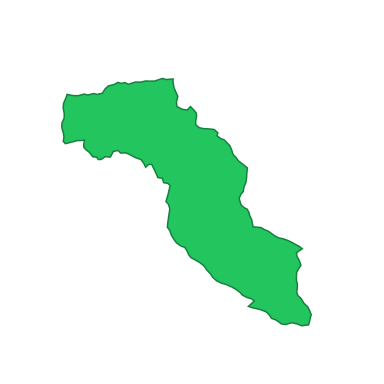 the district of Murutinga do Sul, São Paulo, Brazil, rotated 285°
{"feature_id": "56859067B32041072242718", "entity_name": "Murutinga do Sul", "entity_type": "district", "adm_level": 2, "iso_a3": "BRA", "parent_name": "Brazil", "parent_adm1": "São Paulo", "projection": "albers", "projection_center": [-51.304, -20.996], "detail": "fine", "context": "isolated", "style": "filled", "palette": "green", "viewbox_px": 384, "rotation_deg": 285, "n_neighbors": 0, "source": "geoboundaries", "source_scale": "gbopen_adm2", "svg_char_len": 2524}
<svg xmlns="http://www.w3.org/2000/svg" viewBox="0 0 384 384"><g transform="rotate(285 192 192)"><path d="M96.1,276.1L95.8,280.1L96.0,284.2L96.1,289.2L95.4,294.8L93.2,298.6L90.5,301.5L90.2,305.8L89.0,309.5L87.7,312.4L88.1,316.4L91.6,322.3L91.8,327.3L91.2,332.8L92.8,336.1L93.7,339.0L97.6,339.0L100.8,338.9L104.4,338.9L108.3,336.0L111.1,333.4L113.6,328.8L117.3,325.0L119.5,320.9L122.3,319.1L126.9,318.5L130.3,317.7L133.4,315.9L136.8,314.9L141.5,313.9L145.6,314.9L149.4,316.2L153.3,313.5L157.1,310.1L160.3,308.6L163.0,310.8L165.7,313.2L167.3,309.4L168.2,305.2L169.2,301.5L170.0,297.1L170.4,292.0L170.1,287.7L171.1,283.1L172.5,279.6L173.9,275.9L174.4,271.8L175.5,267.8L174.8,263.6L174.2,260.0L176.8,258.7L180.9,256.7L184.1,253.9L187.1,252.2L189.7,249.7L190.3,246.7L192.0,243.0L194.4,241.4L197.9,239.2L202.3,239.8L205.8,241.4L210.4,240.9L215.2,241.6L220.0,241.0L225.4,239.9L229.6,239.3L230.9,236.3L232.4,233.0L234.2,228.6L236.9,225.4L238.8,222.0L242.6,219.6L246.5,216.6L248.6,213.1L250.7,209.6L251.1,205.6L252.8,201.6L255.8,201.7L258.1,197.4L257.7,194.2L257.1,190.9L256.1,186.0L256.1,182.0L257.9,178.3L260.7,177.3L266.4,176.8L269.2,175.8L271.5,172.7L274.1,168.4L269.9,166.1L269.4,161.2L270.6,155.4L274.8,153.7L280.8,153.5L285.4,149.7L288.3,147.5L293.3,145.2L296.3,144.5L294.0,138.1L294.0,134.1L291.4,130.0L289.5,127.3L288.1,122.3L287.2,118.3L284.9,114.2L283.6,109.0L281.3,105.2L279.5,102.7L280.4,98.7L278.6,95.9L278.7,92.1L275.6,88.8L272.8,83.7L268.9,81.3L264.3,79.9L261.7,75.1L261.7,71.7L260.3,69.1L258.7,66.2L258.7,62.6L257.1,59.8L255.4,56.8L254.2,51.3L254.0,46.1L250.5,45.9L244.5,45.0L240.0,45.7L234.9,48.2L230.3,49.4L225.3,48.5L221.6,49.2L218.8,50.5L216.3,52.2L212.0,54.1L207.6,54.5L205.9,57.1L208.6,62.1L212.0,67.9L212.8,71.1L214.3,74.7L209.8,75.1L207.1,76.0L205.2,79.0L203.8,82.5L200.3,87.1L201.0,90.8L199.1,93.1L200.0,96.0L203.6,98.9L204.6,104.1L210.7,105.5L212.9,109.5L211.1,113.3L212.6,117.1L212.3,120.9L210.6,128.3L210.1,134.4L207.0,138.3L203.9,140.8L207.4,143.0L208.2,146.0L205.6,148.2L203.2,150.4L197.1,155.3L197.6,159.7L193.7,162.2L194.0,166.5L192.6,169.2L183.9,169.5L176.1,169.3L173.9,172.5L170.2,174.8L166.9,175.3L156.5,176.5L151.6,177.3L149.0,180.6L145.1,183.1L140.8,187.6L138.8,190.4L137.0,195.0L136.6,199.3L134.1,202.2L130.4,205.3L128.3,208.0L127.3,212.4L125.9,217.6L123.8,222.5L120.0,227.2L117.6,231.2L114.8,234.2L112.6,238.8L111.6,243.6L111.5,248.7L110.5,255.2L109.4,259.5L107.5,264.2L105.4,267.5L104.3,272.4L104.3,276.8L102.9,280.4L96.1,276.1Z" fill="#22c55e" stroke="#15803d" stroke-width="1.5"/></g></svg>